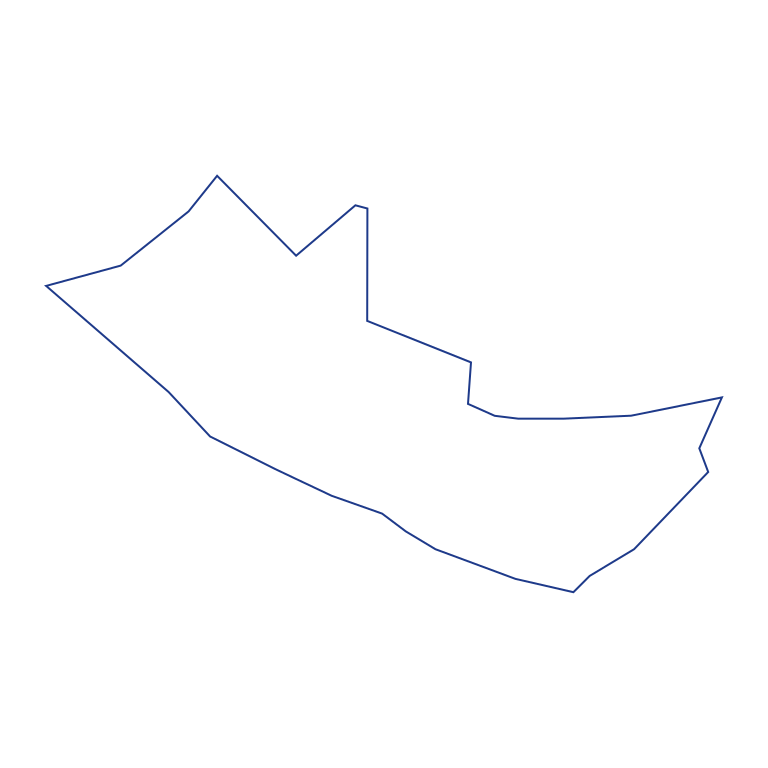 Mapo-gu, Seoul, South Korea (orthographic projection)
{"feature_id": "91817680B14643286354390", "entity_name": "Mapo-gu", "entity_type": "district", "adm_level": 2, "iso_a3": "KOR", "parent_name": "South Korea", "parent_adm1": "Seoul", "projection": "orthographic", "projection_center": [126.921, 37.552], "detail": "fine", "context": "isolated", "style": "outline", "palette": "blue", "viewbox_px": 768, "rotation_deg": 0, "n_neighbors": 0, "source": "geoboundaries", "source_scale": "gbopen_adm2", "svg_char_len": 485}
<svg xmlns="http://www.w3.org/2000/svg" viewBox="0 0 768 768"><path d="M46.1,285.9L168.6,392.0L210.1,436.5L275.3,469.1L295.5,478.7L331.7,495.8L382.1,513.6L405.8,531.4L435.4,549.2L515.5,578.9L573.4,592.2L589.7,575.9L634.1,549.2L708.2,472.0L699.3,448.3L721.9,397.4L631.1,415.7L562.9,418.7L518.5,418.7L494.7,415.8L468.0,403.9L471.0,362.4L367.2,320.9L367.4,208.5L355.4,205.3L296.1,255.7L217.1,175.8L188.6,211.4L120.7,265.6L46.1,285.9Z" fill="none" stroke="#1e3a8a" stroke-width="2"/></svg>